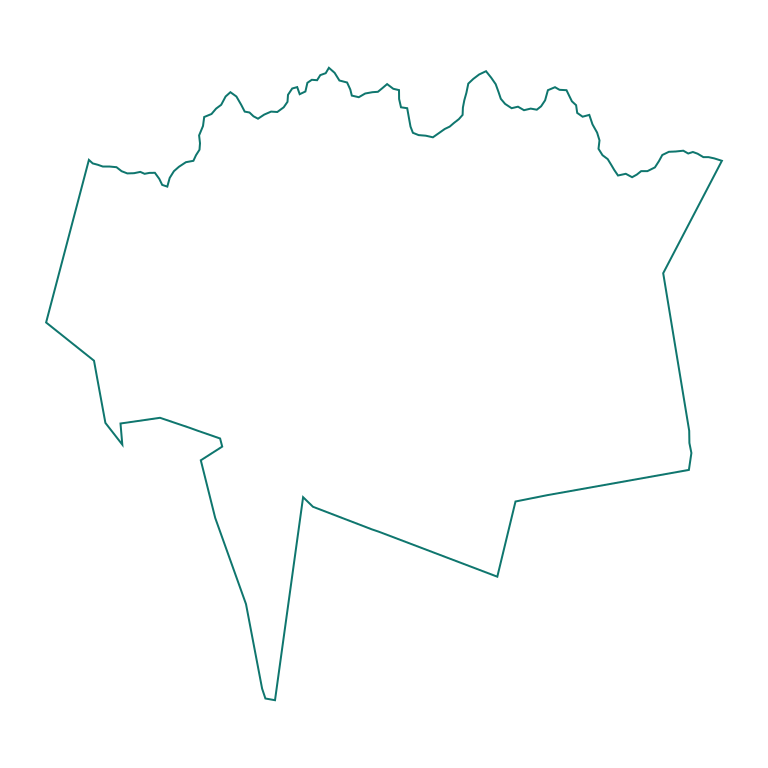 outline of Domingos Mourão, Piauí, Brazil
{"feature_id": "56859067B58876353314423", "entity_name": "Domingos Mourão", "entity_type": "district", "adm_level": 2, "iso_a3": "BRA", "parent_name": "Brazil", "parent_adm1": "Piauí", "projection": "equal_earth", "projection_center": [-41.31, -4.285], "detail": "fine", "context": "isolated", "style": "outline", "palette": "teal", "viewbox_px": 768, "rotation_deg": 0, "n_neighbors": 0, "source": "geoboundaries", "source_scale": "gbopen_adm2", "svg_char_len": 2094}
<svg xmlns="http://www.w3.org/2000/svg" viewBox="0 0 768 768"><path d="M88.9,159.9L46.1,322.5L94.0,360.7L97.2,378.3L105.4,422.9L122.3,444.6L120.5,423.5L160.0,417.8L189.6,427.8L197.9,430.8L220.1,438.5L222.2,446.6L200.8,460.3L215.2,517.9L246.0,604.1L262.1,688.6L265.4,698.5L275.0,700.2L303.1,497.2L313.0,506.8L371.7,529.3L378.5,531.6L497.3,576.7L515.5,501.5L547.6,495.1L688.9,469.9L691.4,453.0L689.4,443.0L689.2,430.8L663.2,273.2L721.9,160.8L714.3,158.4L708.4,157.1L703.3,157.1L697.6,153.7L692.9,152.0L688.2,153.5L683.3,150.7L675.6,151.5L668.9,151.8L662.3,155.0L658.9,161.2L654.9,167.4L647.5,171.1L641.2,171.1L636.8,174.6L632.1,177.2L625.8,173.8L618.0,175.5L614.2,169.9L611.2,164.8L607.7,159.1L602.5,155.2L598.5,148.8L599.5,140.4L597.1,132.6L592.5,124.4L589.3,114.9L582.6,116.7L577.2,112.9L576.1,105.2L571.9,101.3L569.2,95.8L566.5,90.2L559.5,89.8L555.0,87.2L547.9,90.2L545.1,100.3L541.1,106.3L536.8,109.7L530.7,108.6L524.0,110.2L518.0,106.7L511.6,108.2L505.1,103.9L500.8,98.8L498.7,92.5L495.7,84.2L491.2,77.7L486.0,71.2L479.1,74.5L473.3,78.9L468.3,83.6L466.4,92.8L464.3,100.3L462.9,107.6L462.6,114.9L458.9,119.1L453.9,123.0L449.7,126.6L444.7,129.0L438.5,133.4L432.9,137.3L425.8,135.7L418.6,135.1L412.9,132.8L410.5,126.6L408.7,116.7L407.2,108.2L401.0,107.3L399.1,99.0L399.0,90.1L393.3,88.8L387.1,84.1L382.3,88.2L377.9,91.8L372.4,92.2L365.2,93.5L358.8,97.2L351.8,95.6L350.3,89.5L347.1,82.5L339.4,80.5L334.6,72.8L328.9,67.8L325.7,73.2L320.3,75.1L317.1,80.2L311.8,79.8L307.4,82.8L305.4,91.5L299.7,94.2L297.2,87.1L292.2,88.5L288.0,94.8L287.5,101.8L283.7,107.3L277.3,112.0L271.1,111.6L264.2,114.6L258.0,118.7L253.5,116.3L249.5,112.5L244.7,111.6L241.2,104.8L236.4,96.5L230.4,92.2L225.6,96.5L221.2,104.8L216.1,108.6L211.5,114.0L204.2,117.0L203.0,126.0L199.1,135.4L200.0,143.3L199.5,149.7L196.0,155.2L193.4,160.8L185.9,162.2L178.9,166.8L173.9,171.2L169.7,177.9L167.3,186.6L162.2,184.9L159.3,178.9L154.9,172.8L149.4,172.9L144.6,173.8L140.3,171.9L134.0,173.2L127.3,173.4L121.6,171.2L116.5,167.2L109.2,166.5L102.7,166.5L97.9,164.8L92.7,163.4L88.9,159.9Z" fill="none" stroke="#0f766e" stroke-width="2"/></svg>